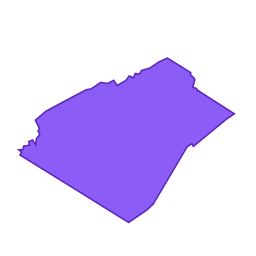 the district of Somerset, Pennsylvania, United States of America, rotated 32°
{"feature_id": "52423323B4372132198351", "entity_name": "Somerset", "entity_type": "district", "adm_level": 2, "iso_a3": "USA", "parent_name": "United States of America", "parent_adm1": "Pennsylvania", "projection": "orthographic", "projection_center": [-79.093, 40.003], "detail": "fine", "context": "isolated", "style": "filled", "palette": "violet", "viewbox_px": 256, "rotation_deg": 32, "n_neighbors": 0, "source": "geoboundaries", "source_scale": "gbopen_adm2", "svg_char_len": 806}
<svg xmlns="http://www.w3.org/2000/svg" viewBox="0 0 256 256"><g transform="rotate(32 128 128)"><path d="M178.6,207.8L187.6,187.1L189.7,179.1L188.1,112.6L190.5,107.5L193.2,109.0L206.7,68.6L210.7,59.6L171.5,59.2L169.5,59.2L169.2,58.9L168.4,58.9L167.7,59.6L165.0,58.1L161.5,59.3L159.0,51.6L157.3,50.6L152.7,49.7L152.1,48.0L151.1,47.8L124.3,47.8L119.2,55.5L114.7,65.7L109.0,72.0L109.1,76.3L105.3,77.8L105.9,82.5L101.4,83.2L101.0,88.8L96.2,97.7L90.6,95.1L87.1,101.0L80.7,103.8L75.9,114.6L72.5,117.4L64.5,131.0L60.7,137.6L49.5,157.2L45.3,170.5L53.1,175.3L53.2,178.2L56.6,180.0L55.9,185.4L58.5,191.1L53.4,188.7L50.9,192.1L53.7,194.7L49.1,198.5L50.3,202.0L46.8,204.3L50.6,205.0L50.7,208.2L124.2,207.9L126.6,207.9L151.7,207.9L152.3,207.9L178.6,207.8Z" fill="#8b5cf6" stroke="#5b21b6" stroke-width="1.5"/></g></svg>